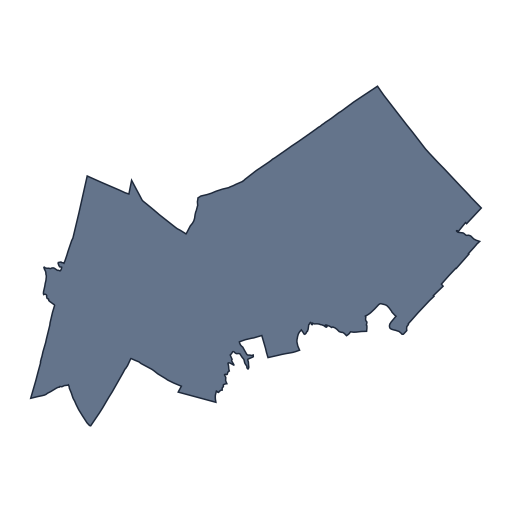 outline of Tupilati, Iasi, Romania
{"feature_id": "2599482B71903072457924", "entity_name": "Tupilati", "entity_type": "district", "adm_level": 2, "iso_a3": "ROU", "parent_name": "Romania", "parent_adm1": "Iasi", "projection": "albers", "projection_center": [26.646, 47.081], "detail": "fine", "context": "isolated", "style": "filled", "palette": "slate", "viewbox_px": 512, "rotation_deg": 0, "n_neighbors": 0, "source": "geoboundaries", "source_scale": "gbopen_adm2", "svg_char_len": 5992}
<svg xmlns="http://www.w3.org/2000/svg" viewBox="0 0 512 512"><path d="M178.2,392.1L215.9,402.3L215.7,401.0L215.4,399.3L215.3,397.7L215.3,395.8L215.5,394.6L216.4,391.1L217.4,391.7L217.7,392.2L218.2,392.2L218.5,392.4L220.3,390.6L221.0,390.2L222.2,390.1L222.2,388.1L222.5,387.5L223.1,387.0L223.4,386.6L223.3,385.0L223.6,384.6L224.3,384.3L225.4,383.9L226.9,383.7L226.8,383.4L226.2,382.3L225.6,380.4L225.7,379.2L225.8,377.5L224.9,375.6L224.6,375.2L224.5,374.8L224.7,374.5L225.2,374.3L225.7,374.3L226.7,374.6L227.2,374.4L227.3,374.1L227.6,372.8L227.8,372.3L228.5,371.5L229.3,371.0L228.8,369.1L228.6,366.4L228.5,365.7L228.0,363.5L228.1,363.1L228.3,362.9L229.6,362.9L230.5,363.3L233.6,365.0L233.8,365.1L233.9,364.9L233.7,364.4L232.3,362.0L231.7,360.9L231.7,360.4L231.7,360.0L232.1,359.3L231.3,357.6L230.2,355.0L231.4,353.8L232.0,352.9L232.5,352.0L232.9,351.6L233.5,351.6L234.0,351.8L234.5,352.4L235.4,353.1L236.1,353.5L236.8,353.7L238.5,353.5L239.1,353.6L239.7,353.7L240.0,354.0L242.1,357.3L243.3,358.7L243.9,359.5L244.6,362.4L245.0,363.5L246.7,366.1L246.9,366.7L246.9,367.7L247.1,368.1L247.8,368.8L248.0,369.0L248.3,368.8L248.8,367.4L248.8,366.9L248.6,365.2L248.4,362.0L247.7,359.9L247.8,359.3L249.0,358.7L252.5,357.2L253.3,356.7L253.2,355.0L251.4,355.5L250.1,355.1L248.0,355.1L247.3,354.8L246.7,354.2L244.4,350.2L242.8,347.2L241.5,346.1L240.6,345.1L239.6,343.1L239.4,341.8L245.3,339.7L251.7,338.2L253.7,337.9L261.8,335.5L265.5,348.3L266.5,352.5L268.0,357.6L277.7,355.4L281.9,354.4L285.9,353.6L290.1,352.9L292.8,352.4L295.6,351.6L299.6,350.2L297.8,346.0L296.9,341.8L297.0,339.5L297.3,338.5L297.5,336.9L298.3,334.1L299.0,332.8L299.7,331.7L300.3,331.1L301.3,329.9L303.4,332.8L303.8,333.8L304.8,334.3L305.9,333.4L306.8,331.7L307.5,331.2L307.5,330.7L308.0,329.8L308.4,327.4L308.7,324.8L309.5,323.9L310.2,322.6L310.5,322.4L311.2,323.0L311.5,323.4L311.4,323.9L311.5,324.4L312.1,324.7L312.4,324.3L312.7,323.2L313.6,323.7L314.2,323.9L317.1,323.8L319.3,324.1L320.4,324.6L321.8,324.8L323.8,325.6L325.5,326.9L326.3,327.2L326.7,327.0L327.0,326.5L326.5,325.9L325.7,325.7L325.2,325.3L325.6,325.0L326.0,324.9L329.6,326.2L331.7,327.5L332.3,327.1L332.9,327.0L335.0,327.9L336.8,329.2L339.2,331.6L341.2,332.3L342.8,332.4L344.4,333.5L346.5,335.7L347.7,334.9L349.2,333.6L350.5,331.8L353.6,332.2L356.1,332.1L361.2,331.5L366.6,331.3L366.9,328.1L366.9,325.8L366.4,325.1L366.4,324.7L366.6,324.0L366.9,322.6L366.9,322.0L365.9,320.7L365.7,320.3L365.6,319.0L365.7,317.5L365.9,317.0L365.3,316.1L365.9,315.7L367.1,315.2L369.7,313.5L371.1,312.3L374.7,308.9L378.8,304.5L379.8,303.9L380.3,303.7L381.0,303.7L385.0,304.7L386.4,305.3L387.3,306.0L389.1,307.9L391.4,311.0L392.0,312.2L394.7,315.1L395.6,315.9L396.0,316.2L391.0,322.2L390.3,323.4L390.0,323.7L389.5,325.3L389.5,326.7L389.8,327.8L390.3,328.5L391.1,329.0L392.1,329.4L393.4,329.8L395.5,330.3L399.1,331.5L401.2,333.3L401.8,334.1L402.8,334.3L403.4,334.2L406.4,331.0L406.8,330.5L406.6,328.7L406.8,326.6L408.1,325.0L408.5,324.1L408.3,323.7L410.7,321.1L418.2,312.6L429.5,300.6L434.0,296.3L433.4,295.6L443.1,286.2L441.4,284.1L449.1,275.4L455.8,268.3L456.2,268.5L468.9,254.1L468.4,253.6L474.3,247.1L476.7,244.3L477.4,243.4L477.7,243.3L479.7,241.4L476.1,240.2L473.7,238.9L470.9,236.1L469.9,235.6L468.5,235.2L466.8,235.4L466.0,235.2L465.2,234.6L464.8,234.2L463.6,233.2L462.8,232.9L458.0,232.3L456.6,231.2L456.6,230.7L457.5,230.7L457.7,231.0L458.1,231.2L458.6,231.1L465.5,222.6L466.6,223.7L481.3,208.0L470.3,196.7L470.2,196.4L466.2,192.1L461.0,186.7L444.4,169.0L438.2,162.7L429.2,153.1L425.5,149.0L412.5,132.1L406.4,124.5L383.9,95.4L380.8,91.0L377.5,86.2L354.0,101.8L340.9,111.5L339.1,112.5L337.6,113.6L331.3,118.4L325.4,122.3L323.5,123.8L322.3,124.5L320.1,126.4L318.7,127.1L312.4,131.7L297.7,142.0L294.1,144.4L291.8,145.9L288.9,148.0L281.6,153.1L274.4,158.1L272.6,159.1L270.9,160.6L268.7,162.2L262.6,166.3L256.2,170.6L246.2,178.4L244.9,179.4L243.7,180.6L243.0,180.9L242.7,181.4L235.7,184.4L234.2,185.2L232.7,185.9L232.1,186.1L229.4,187.2L228.9,187.6L222.5,189.1L216.1,191.2L211.4,193.2L207.0,194.6L201.4,195.9L200.5,196.2L199.5,197.0L198.4,197.6L197.9,198.0L197.9,199.0L197.4,201.7L197.7,205.6L197.4,206.3L196.2,210.9L195.7,212.0L195.1,214.6L194.6,218.2L193.8,220.9L192.5,223.2L190.3,225.9L186.2,233.8L185.5,233.7L185.4,233.5L180.3,230.3L177.2,228.7L175.1,227.1L159.2,214.6L157.4,213.0L151.1,207.7L143.5,201.5L142.4,200.5L141.9,199.7L139.6,195.3L136.9,190.3L131.6,180.3L128.9,194.0L125.2,192.8L119.4,190.1L101.5,182.4L87.2,176.0L78.9,213.0L72.9,238.1L71.7,240.5L67.9,251.7L66.9,255.1L64.9,261.0L63.9,263.3L63.2,262.8L62.6,262.7L61.7,262.6L61.0,262.0L58.3,262.5L58.1,263.4L58.8,265.3L59.6,266.8L61.7,267.2L61.7,267.5L61.4,268.8L61.0,269.8L60.5,270.5L60.0,270.9L58.5,270.3L57.7,270.4L57.2,270.2L54.6,268.4L53.8,268.0L53.1,267.9L51.8,268.0L51.1,268.4L50.4,268.6L48.6,268.2L47.1,268.3L46.0,268.1L45.2,267.9L44.6,267.3L44.2,267.1L43.9,267.4L44.3,268.9L45.5,271.3L45.8,272.4L45.9,273.7L46.0,274.7L46.3,275.5L46.3,277.2L46.1,278.6L46.0,280.0L45.8,281.0L45.2,283.5L44.8,286.1L43.5,291.9L43.4,293.6L43.7,294.6L44.0,294.5L44.3,294.2L45.5,294.3L46.2,294.7L46.7,295.5L46.7,295.8L46.6,296.7L47.1,298.4L47.4,298.6L48.3,298.9L48.5,299.1L48.8,300.5L49.4,301.2L53.2,304.0L54.2,304.6L54.6,305.4L52.5,312.4L50.1,322.7L49.8,325.2L46.3,339.4L45.7,342.4L43.0,351.6L41.9,356.6L41.3,358.4L40.4,362.2L40.6,362.6L40.3,363.8L38.1,371.8L35.8,380.6L30.7,398.3L37.6,396.6L42.0,395.7L44.4,395.1L46.0,394.4L47.4,393.3L50.7,391.6L56.6,388.0L57.7,387.5L58.7,387.2L59.3,387.2L59.8,386.5L61.4,386.7L62.0,386.7L64.3,385.6L67.7,385.2L68.3,384.8L69.2,386.7L69.3,388.1L71.4,393.2L72.8,397.5L73.3,398.7L74.7,401.2L76.1,404.5L78.7,409.7L82.4,415.7L87.0,422.8L89.3,425.3L90.0,425.7L90.7,425.8L99.5,412.8L102.6,407.9L108.8,397.3L112.2,391.9L123.2,372.5L124.8,369.4L125.8,368.3L127.0,366.4L127.4,365.9L130.7,358.8L131.0,358.5L135.3,360.4L139.0,361.9L141.0,363.5L152.0,369.4L154.1,370.9L157.7,373.8L165.3,378.4L167.8,380.1L173.7,383.0L181.4,386.2L178.8,390.9L178.2,392.1Z" fill="#64748b" stroke="#1e293b" stroke-width="1.5"/></svg>